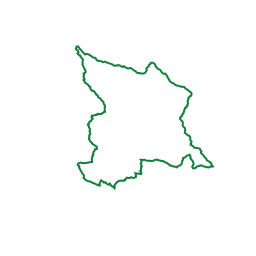 Cutervo, Cajamarca, Peru (Equal Earth projection), rotated 308°
{"feature_id": "86281439B9641917532645", "entity_name": "Cutervo", "entity_type": "district", "adm_level": 2, "iso_a3": "PER", "parent_name": "Peru", "parent_adm1": "Cajamarca", "projection": "equal_earth", "projection_center": [-78.851, -6.166], "detail": "fine", "context": "isolated", "style": "outline", "palette": "green", "viewbox_px": 256, "rotation_deg": 308, "n_neighbors": 0, "source": "geoboundaries", "source_scale": "gbopen_adm2", "svg_char_len": 5877}
<svg xmlns="http://www.w3.org/2000/svg" viewBox="0 0 256 256"><g transform="rotate(308 128 128)"><path d="M195.0,109.1L194.6,107.2L193.5,105.9L192.1,106.3L191.5,105.8L190.7,105.7L189.5,106.3L186.6,105.7L186.0,106.1L185.3,107.1L182.5,107.6L181.4,107.3L180.5,106.7L178.7,104.4L178.4,103.0L177.4,102.3L177.2,101.6L177.2,100.0L177.4,98.8L177.0,97.4L177.1,95.3L176.8,92.9L175.5,92.0L174.7,90.7L174.1,88.4L174.1,86.8L173.9,86.4L172.7,86.2L172.2,83.0L171.8,81.9L171.3,81.4L170.7,81.3L170.3,80.3L169.4,79.9L168.5,78.5L168.4,76.0L166.8,71.9L166.3,69.3L165.7,68.7L164.4,67.8L164.2,66.1L163.7,64.7L162.3,62.7L162.3,61.5L163.1,59.4L163.1,58.8L162.3,57.6L161.9,56.2L162.1,54.3L161.9,53.5L161.7,51.5L161.2,50.2L160.4,49.4L159.5,48.9L160.1,44.5L160.5,43.5L160.8,40.6L161.3,39.9L161.5,38.4L161.1,38.2L160.9,37.5L160.6,37.4L158.8,38.0L158.1,38.6L158.1,41.0L157.2,42.4L156.9,42.5L156.1,42.1L155.7,42.2L155.5,42.6L155.6,43.7L155.4,44.5L155.8,45.7L155.0,46.5L154.9,47.7L154.4,49.2L154.3,50.4L153.0,50.9L150.6,52.8L150.2,52.8L147.7,57.4L147.5,58.1L147.6,58.5L147.0,58.9L146.6,59.8L146.2,60.2L145.0,60.3L144.0,59.5L143.6,59.4L143.1,60.4L142.2,60.9L141.5,60.9L141.3,61.1L140.7,62.3L139.6,63.8L139.1,63.1L138.3,63.5L138.4,64.3L137.3,65.8L137.5,68.6L137.4,70.3L136.8,71.4L137.2,72.5L137.2,73.0L136.0,73.9L135.1,76.5L135.2,76.9L135.7,77.2L136.1,78.0L135.9,78.5L135.7,80.3L135.2,81.2L135.2,81.8L134.7,82.3L135.0,83.7L134.6,84.7L134.2,84.9L134.0,85.3L134.0,86.2L134.2,88.1L134.1,89.0L133.4,90.1L133.5,91.6L133.2,93.0L132.3,93.7L131.8,94.5L131.7,95.5L130.9,96.7L130.6,96.8L130.2,96.7L129.9,97.2L128.8,97.7L126.6,99.9L125.7,99.1L124.9,99.1L123.3,98.4L122.7,98.5L122.1,97.7L121.5,97.3L121.1,96.3L120.7,95.7L120.0,95.8L119.8,95.1L118.9,95.1L118.4,94.4L116.9,93.4L116.2,92.6L115.6,92.6L115.3,92.0L114.5,92.7L114.0,92.7L113.9,94.0L113.3,94.5L112.9,94.1L110.8,94.6L110.0,94.0L108.9,93.8L108.5,94.3L107.1,94.7L106.5,94.1L106.1,94.1L105.6,94.7L105.4,95.9L104.4,96.8L104.0,98.2L103.2,99.3L101.6,99.7L101.4,100.0L101.3,100.8L99.9,102.1L99.1,101.9L98.4,102.0L97.8,102.3L97.6,102.7L97.1,102.9L96.8,103.4L96.4,103.3L95.9,103.9L95.1,104.1L95.0,105.0L94.5,105.6L94.2,106.5L94.1,108.7L93.6,109.2L94.0,114.8L92.5,116.4L92.2,116.4L91.1,115.1L89.6,115.7L88.1,115.4L87.4,116.0L86.7,116.0L85.9,117.0L84.8,116.8L84.5,117.6L82.7,117.6L81.5,118.7L80.8,118.9L80.1,119.8L78.9,120.6L77.8,119.1L76.8,118.5L76.1,117.7L74.7,116.7L73.2,114.6L72.1,113.7L72.0,112.6L71.4,111.8L69.6,110.7L68.9,110.7L67.9,111.1L68.0,112.5L67.7,113.5L66.8,113.6L66.5,113.9L66.2,115.3L65.5,116.4L64.8,118.5L64.2,119.1L63.6,122.5L62.7,123.2L61.4,123.6L61.2,123.8L61.3,125.2L61.0,126.3L61.4,128.8L62.7,131.7L63.0,134.2L63.7,135.9L64.5,139.8L65.3,141.1L65.5,141.3L66.4,139.8L67.9,139.6L70.2,139.0L70.4,140.4L70.2,142.8L70.7,143.2L71.2,143.3L71.2,143.5L71.0,146.0L71.2,147.2L71.5,147.8L72.0,148.0L73.0,147.7L73.1,147.9L72.1,150.6L72.4,152.1L72.2,154.5L73.4,153.8L74.2,152.7L75.9,152.5L77.3,152.7L78.0,152.3L78.6,152.8L80.6,153.3L81.9,154.7L82.6,155.0L82.9,155.5L83.2,156.6L83.5,156.9L84.2,157.0L84.3,157.5L85.0,157.7L85.3,157.5L85.6,157.8L86.5,157.3L87.2,157.7L88.1,157.6L88.9,159.2L89.5,160.0L91.2,160.8L91.4,161.7L92.1,163.4L93.4,163.8L94.1,164.4L94.4,164.4L95.1,163.7L95.5,163.5L96.9,161.7L97.2,162.4L97.8,163.4L99.1,164.9L99.2,166.0L99.7,166.6L100.9,166.2L101.1,165.5L101.7,164.7L101.9,163.9L102.7,164.1L103.7,163.8L104.4,162.8L105.3,162.3L105.9,162.7L106.2,162.7L106.7,162.0L107.4,160.2L108.3,159.8L109.1,159.8L109.7,159.4L110.9,158.0L110.9,157.6L111.1,157.7L111.4,158.7L113.2,160.7L113.6,162.5L114.2,163.6L115.1,164.6L115.4,165.3L115.9,165.6L116.1,166.3L116.6,167.1L117.6,168.0L120.0,169.2L121.1,170.7L121.0,171.1L121.4,171.6L121.5,172.1L122.3,173.6L122.3,174.5L123.4,175.6L123.7,176.3L123.6,176.9L123.8,177.5L123.7,178.6L124.1,179.0L124.2,179.6L124.5,180.1L124.3,181.2L124.5,181.6L124.5,182.1L124.3,182.7L124.5,183.4L124.2,184.1L124.8,184.6L124.8,185.3L125.3,185.9L125.7,187.9L126.4,188.5L126.7,189.5L127.1,189.9L127.1,190.7L127.9,190.6L128.7,191.2L129.5,191.3L130.7,192.1L132.7,192.4L133.3,192.2L134.3,191.5L135.0,191.4L135.7,190.8L136.1,191.0L137.6,190.6L138.2,189.9L140.1,191.1L142.1,191.3L143.0,191.7L143.9,192.7L144.8,192.9L144.7,193.8L144.2,194.5L143.4,195.2L143.2,195.7L142.7,195.8L142.5,196.1L142.2,196.8L141.9,199.1L140.7,201.2L139.8,202.0L138.3,202.1L137.5,202.5L136.9,202.5L136.5,203.6L136.6,204.1L136.4,204.2L137.9,205.8L140.1,206.0L141.8,207.4L142.5,207.7L142.8,208.1L143.2,208.1L143.9,209.2L144.2,211.1L144.8,211.9L145.3,213.8L145.5,214.2L146.0,214.5L146.4,215.7L147.0,216.2L148.0,216.4L148.7,217.3L149.2,217.5L149.4,218.2L149.9,218.6L150.4,216.4L151.6,215.2L151.7,214.8L151.3,212.0L151.2,209.7L152.0,208.4L152.3,205.5L152.9,204.5L153.2,201.0L153.6,200.5L154.7,200.3L154.9,199.3L155.9,197.4L155.8,196.9L155.1,195.8L154.8,194.6L154.5,194.0L153.5,193.0L153.4,192.0L153.7,190.6L153.6,189.0L153.3,187.9L153.7,187.2L154.4,187.4L154.9,186.9L156.3,186.6L156.9,184.3L158.4,183.4L159.2,182.2L159.6,181.0L159.1,179.7L159.1,178.4L159.3,177.0L159.1,175.8L161.0,174.5L161.8,174.4L163.0,172.8L163.1,171.0L163.5,169.8L163.9,169.3L165.1,168.6L166.5,167.4L166.7,166.8L166.6,165.8L167.2,164.1L167.2,163.2L168.2,162.7L169.4,162.7L170.7,163.2L171.5,162.6L172.3,162.8L172.6,162.5L173.2,162.2L174.1,162.6L177.1,161.1L178.3,161.1L179.0,160.6L180.2,161.3L181.3,160.7L181.9,161.2L182.5,160.6L184.2,160.3L185.5,158.7L188.0,157.5L188.8,157.6L189.5,156.9L190.2,157.3L191.4,157.3L191.9,157.8L193.0,157.7L194.0,157.2L194.7,156.0L194.9,155.0L194.6,153.6L194.9,151.9L194.5,149.6L194.9,146.9L193.3,144.6L193.1,143.5L192.5,142.7L191.3,139.5L191.0,137.4L191.2,136.4L190.6,134.2L190.7,131.6L191.3,131.1L191.4,130.5L192.4,127.7L193.1,127.0L193.2,125.8L193.6,125.1L193.7,123.6L192.9,123.0L192.4,121.9L192.8,120.7L192.8,119.5L193.6,117.7L193.5,116.7L193.2,116.0L193.0,114.6L193.5,113.1L193.4,112.3L194.4,110.9L195.0,109.1Z" fill="none" stroke="#15803d" stroke-width="2"/></g></svg>